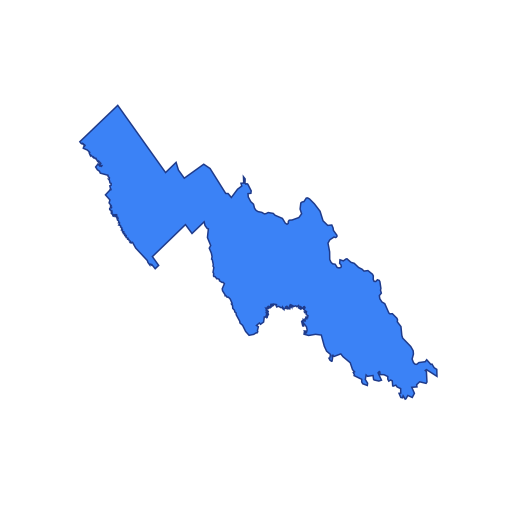 outline of Kurmenes pag., Vecumnieku, Latvia, rotated 243°
{"feature_id": "27541924B36001401326835", "entity_name": "Kurmenes pag.", "entity_type": "district", "adm_level": 2, "iso_a3": "LVA", "parent_name": "Latvia", "parent_adm1": "Vecumnieku", "projection": "robinson", "projection_center": [24.833, 56.463], "detail": "fine", "context": "isolated", "style": "filled", "palette": "blue", "viewbox_px": 512, "rotation_deg": 243, "n_neighbors": 0, "source": "geoboundaries", "source_scale": "gbopen_adm2", "svg_char_len": 6112}
<svg xmlns="http://www.w3.org/2000/svg" viewBox="0 0 512 512"><g transform="rotate(243 256 256)"><path d="M453.0,201.2L437.8,150.9L436.0,151.2L434.8,151.9L435.2,152.5L434.3,153.1L433.1,153.0L433.1,153.6L432.2,153.9L431.5,152.8L431.5,152.0L430.4,151.0L427.0,153.8L423.9,154.9L423.7,154.2L420.5,154.0L420.9,154.6L417.5,155.8L417.9,156.2L415.7,157.0L415.8,157.7L412.5,157.8L411.4,158.2L412.1,158.8L411.8,159.0L409.0,159.8L408.7,159.0L409.3,158.8L408.6,158.3L407.2,159.0L406.8,158.3L406.4,159.6L406.0,159.0L406.0,158.8L408.3,157.3L409.8,157.1L408.1,153.5L404.9,153.8L402.6,155.0L400.5,154.9L395.1,160.8L393.9,160.3L392.2,160.9L391.1,160.1L391.4,159.5L390.1,159.8L387.4,159.1L386.4,159.9L384.8,159.0L384.9,157.6L381.9,156.9L381.3,155.7L381.3,157.0L380.9,156.9L381.0,155.6L378.8,149.6L372.3,151.3L370.0,149.2L366.7,149.8L366.6,149.0L365.9,148.8L365.1,149.2L365.8,149.7L364.9,149.4L364.6,149.1L365.2,148.4L364.8,147.2L363.7,146.7L363.1,147.3L361.8,147.3L361.7,148.0L360.2,147.5L360.5,146.9L359.7,146.4L357.9,147.1L356.7,146.7L356.0,147.3L357.3,147.8L355.1,148.8L356.8,149.2L356.1,150.6L353.4,149.5L353.2,150.3L352.0,150.1L351.7,149.6L352.3,149.2L350.8,148.9L350.3,149.4L348.5,149.3L348.0,148.6L347.4,149.4L346.3,148.7L345.9,147.8L344.7,149.1L343.5,148.8L343.9,148.2L342.1,149.2L341.3,148.6L340.5,149.0L340.2,148.0L339.6,148.5L338.3,148.1L337.8,149.0L337.2,148.2L336.3,148.7L336.0,148.1L335.5,148.4L335.6,149.1L334.3,149.0L333.9,148.4L333.0,148.7L333.0,149.5L331.4,148.7L329.9,150.0L329.2,149.3L328.5,150.1L327.0,150.0L326.4,150.7L325.8,150.8L325.2,149.9L324.2,150.8L324.4,152.0L324.0,152.2L317.7,152.4L301.3,157.1L299.3,156.8L296.3,157.3L296.8,157.6L296.7,158.2L295.3,158.8L295.6,159.3L290.4,160.4L291.8,165.0L302.5,163.4L316.0,207.4L305.1,209.2L310.0,225.3L306.3,224.4L302.7,225.0L301.8,225.9L294.5,221.1L285.9,220.4L284.2,217.9L278.8,217.5L275.2,216.5L273.4,215.0L272.7,215.4L267.9,214.1L266.5,213.1L264.9,213.2L261.0,210.3L259.8,210.4L257.5,209.1L256.8,209.2L256.2,210.2L253.5,210.7L253.4,211.4L251.8,212.7L250.5,212.2L247.8,213.8L247.5,214.7L245.7,215.3L242.1,211.0L240.2,210.4L235.7,210.8L234.6,210.4L234.3,211.2L232.5,211.5L231.8,212.7L229.4,213.5L224.8,213.2L224.2,212.9L224.3,212.3L222.5,212.6L219.9,211.5L217.4,212.2L215.8,211.7L214.3,212.4L212.6,211.7L205.3,211.9L203.6,211.3L200.3,212.6L193.5,212.5L188.5,213.8L187.2,218.4L187.5,221.4L187.0,221.9L187.7,223.2L188.9,223.4L191.9,226.0L193.9,224.9L194.8,228.6L193.1,229.0L193.7,232.8L197.9,235.7L197.2,236.8L197.5,237.1L196.8,237.3L198.2,238.2L196.7,238.5L197.7,239.2L200.6,239.4L200.1,239.9L198.0,240.0L198.4,240.6L200.8,240.6L200.7,241.5L201.1,241.8L201.8,241.5L201.6,241.0L202.3,240.3L203.0,240.4L202.8,241.1L204.7,241.1L203.9,241.7L205.2,242.6L203.9,242.2L203.5,243.2L204.0,243.6L205.2,242.9L205.6,244.1L204.8,245.0L203.6,244.6L203.4,245.1L204.6,246.1L203.1,246.2L205.6,247.1L204.2,247.9L204.5,248.5L205.7,248.4L205.3,249.4L204.1,248.9L204.3,249.7L205.1,250.0L203.5,252.1L203.1,251.4L201.1,251.4L201.2,252.6L200.6,253.5L198.6,254.8L198.4,255.8L197.2,256.0L198.1,256.5L195.8,256.8L196.5,257.3L195.9,258.6L197.2,259.5L197.2,260.7L196.4,261.0L195.0,259.7L194.3,260.5L194.9,261.6L193.6,262.1L194.7,263.2L196.0,263.0L196.8,264.1L194.4,264.5L196.3,265.2L194.7,266.4L194.5,265.7L194.0,265.7L193.6,268.8L192.2,269.4L192.6,271.5L191.3,271.4L190.5,270.4L188.2,271.8L188.4,272.4L191.3,272.5L187.8,273.9L189.1,275.5L189.0,276.1L187.9,276.3L186.3,274.4L183.9,275.5L184.2,273.7L183.1,273.9L182.6,275.1L181.0,274.2L179.2,275.2L177.6,273.9L178.8,273.3L178.9,272.6L177.2,272.4L177.9,271.6L177.6,270.9L175.8,270.4L176.1,269.7L178.0,269.2L176.2,268.0L177.2,267.8L177.0,267.0L172.5,265.9L172.0,266.6L174.9,267.9L170.0,268.8L166.9,268.0L164.8,266.1L164.7,265.4L165.5,265.0L166.5,266.3L167.3,265.0L165.7,264.8L165.9,264.3L164.5,263.3L161.3,266.8L159.2,273.5L155.9,278.3L144.7,275.9L139.2,275.7L134.4,277.7L131.6,275.4L131.8,274.6L129.6,274.6L127.9,275.5L127.8,276.0L130.0,277.7L132.6,278.5L132.7,279.5L131.1,279.6L130.3,287.1L126.8,287.8L118.1,291.5L110.9,290.4L108.1,291.2L108.1,289.8L105.8,289.8L104.9,289.1L98.1,294.2L95.8,293.0L93.7,293.1L90.1,296.4L92.0,297.7L96.3,297.3L100.0,300.1L98.2,300.7L96.4,306.0L92.5,304.7L91.8,305.1L88.8,308.7L88.4,311.4L96.5,311.7L97.1,313.4L96.6,313.7L94.0,312.7L92.1,316.2L88.8,318.7L86.4,317.5L84.2,317.5L84.4,319.7L82.8,320.7L78.2,318.8L77.8,319.1L77.4,322.0L75.2,322.3L72.2,324.7L68.1,322.7L68.7,321.1L64.2,320.8L63.1,322.2L64.6,323.6L60.7,323.9L60.7,324.8L62.8,328.0L59.0,331.0L61.7,334.8L68.3,335.2L66.3,340.0L68.4,340.7L69.6,344.7L65.3,349.7L66.1,351.1L75.7,355.4L77.2,354.9L77.4,356.3L66.6,362.6L72.9,365.6L75.6,364.0L79.8,363.7L80.0,362.6L86.1,361.0L85.0,358.8L87.1,352.7L86.5,350.0L87.3,348.7L89.4,347.9L93.3,348.3L97.2,351.8L100.2,353.0L105.1,352.8L116.2,349.4L119.1,349.9L127.3,353.1L133.3,352.0L134.8,353.1L136.5,353.3L142.7,351.3L143.6,349.1L144.9,348.5L155.1,349.1L157.9,347.3L161.7,346.9L164.7,347.9L166.0,350.8L169.0,351.4L170.5,352.6L176.8,354.7L178.3,354.7L179.7,353.4L178.9,351.1L179.8,349.7L181.9,349.8L185.0,351.5L186.9,351.5L192.2,349.1L193.5,345.4L196.1,344.5L199.2,342.2L204.9,340.2L207.3,337.7L212.2,335.8L212.5,334.9L212.0,331.6L214.5,329.1L211.5,327.2L209.3,327.7L207.8,327.2L207.3,326.3L207.6,324.6L208.9,323.1L212.7,322.8L214.3,320.7L216.2,320.0L219.4,320.1L226.3,323.5L234.8,326.0L236.9,329.1L237.5,334.1L236.3,335.3L236.3,336.0L236.7,337.0L237.7,337.5L243.6,336.6L246.0,337.4L249.2,337.6L250.7,333.8L256.9,331.7L266.8,333.4L276.0,331.7L282.5,329.6L284.3,328.4L284.8,327.1L282.7,323.4L283.2,321.6L282.9,320.0L277.8,316.6L272.9,315.8L270.8,311.7L271.7,304.5L272.8,301.9L272.2,300.6L270.4,299.5L270.2,298.0L272.0,297.0L277.5,296.6L283.6,291.5L286.1,290.7L289.2,286.6L289.2,284.3L289.7,282.6L292.2,281.0L294.7,277.9L296.8,276.7L299.3,276.4L303.3,277.3L306.8,276.0L312.1,275.9L315.2,277.2L314.2,279.9L316.2,281.3L323.6,281.3L324.5,280.8L324.7,279.6L325.8,279.2L329.6,281.3L332.3,280.8L326.6,278.2L327.6,275.6L324.8,275.1L323.9,269.9L319.3,260.6L324.3,259.5L325.5,257.4L354.8,254.8L361.5,251.1L357.9,227.4L367.8,225.9L375.7,227.3L371.4,213.3L453.0,201.2Z" fill="#3b82f6" stroke="#1e3a8a" stroke-width="1.5"/></g></svg>